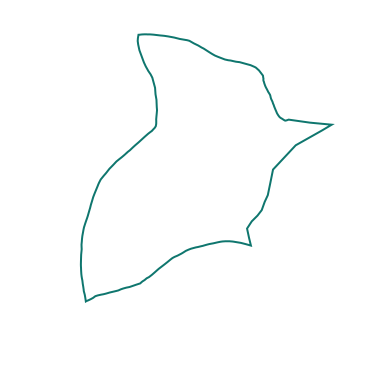 the district of Phalanxay, Savannakhét, Laos, rotated 201°
{"feature_id": "54806243B24177068581900", "entity_name": "Phalanxay", "entity_type": "district", "adm_level": 2, "iso_a3": "LAO", "parent_name": "Laos", "parent_adm1": "Savannakhét", "projection": "mercator", "projection_center": [105.619, 16.736], "detail": "fine", "context": "isolated", "style": "outline", "palette": "teal", "viewbox_px": 384, "rotation_deg": 201, "n_neighbors": 0, "source": "geoboundaries", "source_scale": "gbopen_adm2", "svg_char_len": 3042}
<svg xmlns="http://www.w3.org/2000/svg" viewBox="0 0 384 384"><g transform="rotate(201 192 192)"><path d="M85.7,304.9L106.8,299.0L127.7,294.2L128.6,293.4L129.6,292.6L130.6,292.0L132.1,292.2L134.3,292.7L135.7,292.9L137.0,293.3L138.5,294.2L139.9,295.2L141.1,296.2L142.1,297.3L143.4,298.6L145.1,300.4L146.1,301.5L146.8,302.4L148.1,303.7L149.2,305.1L151.0,306.8L151.6,307.4L152.6,308.7L153.2,309.7L154.0,310.7L155.5,311.9L156.4,312.5L157.5,313.5L158.7,314.6L160.0,315.7L161.3,316.9L162.8,318.6L163.4,319.3L164.4,320.7L165.1,321.4L165.5,322.1L165.8,323.0L166.0,323.6L166.5,324.3L167.4,326.0L167.8,326.3L168.3,326.6L173.0,329.5L176.9,331.0L178.3,331.2L182.8,331.4L186.7,331.0L194.0,330.3L197.6,329.4L200.2,329.0L203.0,328.6L205.4,328.0L208.8,327.5L216.2,327.5L219.5,327.6L222.8,328.1L225.9,328.7L232.6,330.1L234.7,330.3L238.7,331.0L243.4,331.4L248.6,332.2L250.8,332.0L255.8,331.0L258.3,330.5L264.1,329.8L270.0,328.7L274.1,327.8L278.0,326.7L284.3,325.1L287.3,324.2L292.8,322.2L295.3,321.1L297.2,320.1L298.3,319.6L297.6,316.1L296.8,313.5L295.1,310.4L291.9,305.5L289.8,303.1L286.9,299.8L284.9,297.5L283.3,295.7L280.2,292.7L276.0,289.2L272.8,287.0L270.0,284.5L267.6,281.2L263.8,276.0L262.5,273.2L261.1,270.2L258.2,265.3L257.3,263.2L255.3,258.6L254.0,255.9L253.1,252.8L252.3,249.9L251.5,247.1L250.6,244.9L249.8,242.7L249.4,240.4L249.8,238.5L250.6,236.6L251.2,235.0L251.3,234.9L251.3,234.7L252.6,232.7L253.8,230.7L255.9,226.7L257.7,223.1L259.7,219.1L261.8,215.2L263.2,212.4L264.9,208.8L266.4,206.3L268.5,202.1L270.1,199.2L271.6,196.7L273.5,193.4L275.4,188.7L277.4,184.1L279.0,178.9L280.3,175.3L281.7,171.0L282.1,167.3L282.2,165.4L282.2,163.8L282.3,159.8L282.4,155.5L282.4,151.8L282.1,148.0L281.8,143.7L281.4,140.5L281.3,139.1L281.0,135.6L280.7,132.1L280.6,130.2L280.5,126.7L280.4,124.2L280.2,121.1L280.2,120.5L279.7,117.4L279.4,115.9L278.6,111.6L277.8,108.5L277.1,106.2L276.3,103.3L275.3,100.9L274.5,99.1L273.0,93.7L272.2,91.4L271.5,89.4L270.9,87.7L269.8,84.6L269.1,82.9L268.5,81.6L267.7,79.7L266.9,77.9L265.9,75.7L264.9,73.8L263.8,71.9L262.7,70.2L261.9,68.7L261.0,67.0L259.7,64.8L258.3,62.3L257.5,60.7L255.4,57.8L254.6,56.5L253.3,54.3L251.9,51.8L251.5,52.3L249.9,53.8L248.1,55.7L246.4,57.7L244.9,60.1L242.9,61.7L240.2,63.5L237.9,64.9L235.5,66.6L232.9,68.6L231.3,69.7L227.9,72.0L225.5,73.7L223.6,75.6L221.7,77.2L219.0,79.2L216.3,80.9L213.9,82.9L210.7,85.6L207.5,88.2L207.1,89.2L206.2,90.8L204.7,92.8L203.4,95.2L201.7,97.1L200.6,98.9L199.7,100.4L198.1,103.4L196.5,106.5L195.5,108.4L191.7,114.6L189.8,117.8L188.0,121.0L186.6,123.3L185.0,125.2L182.7,127.4L179.7,130.8L178.3,132.6L176.7,134.8L174.6,136.9L172.6,138.7L168.5,141.7L166.7,142.8L164.4,144.4L162.6,145.6L161.3,146.6L160.1,147.5L158.9,148.4L156.9,149.8L156.7,149.9L153.6,151.8L150.2,154.1L147.7,155.7L146.1,156.6L145.5,156.9L143.1,158.0L139.5,159.4L136.0,160.4L128.2,162.0L123.1,162.6L117.8,163.1L122.5,169.9L127.5,177.6L125.7,186.0L122.4,193.4L120.4,200.1L120.6,208.8L120.1,216.2L122.1,228.4L124.4,242.0L111.9,272.8L92.8,295.9L85.7,304.9Z" fill="none" stroke="#0f766e" stroke-width="2"/></g></svg>